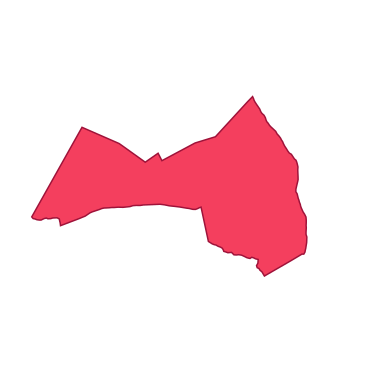 Touros, Rio Grande do Norte, Brazil (Robinson projection), rotated 35°
{"feature_id": "56859067B58568445498846", "entity_name": "Touros", "entity_type": "district", "adm_level": 2, "iso_a3": "BRA", "parent_name": "Brazil", "parent_adm1": "Rio Grande do Norte", "projection": "robinson", "projection_center": [-35.564, -5.29], "detail": "fine", "context": "isolated", "style": "filled", "palette": "rose", "viewbox_px": 384, "rotation_deg": 35, "n_neighbors": 0, "source": "geoboundaries", "source_scale": "gbopen_adm2", "svg_char_len": 2122}
<svg xmlns="http://www.w3.org/2000/svg" viewBox="0 0 384 384"><g transform="rotate(35 192 192)"><path d="M103.6,295.0L114.9,278.4L116.4,276.0L118.3,273.1L119.3,270.5L120.4,267.6L121.6,265.6L126.2,259.4L127.5,257.4L129.0,255.7L133.1,252.5L135.2,250.7L137.2,249.3L140.2,246.8L144.3,244.1L146.5,242.2L149.6,239.5L151.4,237.1L154.1,234.9L157.2,232.8L159.6,230.5L172.8,220.4L176.8,218.3L181.4,216.3L185.9,213.8L190.6,211.3L196.7,208.4L199.2,207.1L202.5,205.8L204.8,204.3L206.1,202.4L207.0,200.7L208.1,199.2L233.8,223.1L235.9,223.0L238.3,222.9L240.4,222.4L242.0,221.7L244.5,221.5L247.1,220.8L249.0,220.7L250.7,221.4L252.1,222.4L254.2,221.7L256.2,221.2L257.5,220.1L259.0,218.8L262.4,219.4L264.5,218.1L266.2,216.6L268.8,215.3L272.1,214.7L274.8,214.3L277.6,213.2L278.4,211.2L280.2,210.6L282.4,210.3L284.9,209.3L286.8,212.5L287.1,215.3L288.8,216.6L290.8,216.3L292.6,217.1L295.1,217.3L299.5,219.3L312.5,191.4L317.7,179.8L319.2,178.8L319.0,176.4L318.2,174.7L317.5,172.9L316.3,170.5L315.0,167.8L313.6,165.6L311.9,163.0L309.7,161.3L308.3,159.3L307.2,157.5L306.1,155.7L304.7,154.0L303.1,151.5L301.7,149.5L299.7,147.1L296.9,145.6L294.4,144.6L292.9,143.7L290.7,142.4L289.0,141.2L287.8,140.0L285.8,138.7L284.2,137.3L282.7,136.3L281.0,134.8L279.2,133.2L276.9,132.2L275.5,130.1L274.2,126.9L273.4,124.9L272.7,123.1L271.8,121.0L269.9,118.4L267.9,115.8L266.0,113.3L264.4,110.7L262.2,108.7L260.6,107.4L258.9,106.3L257.0,106.2L254.5,105.2L251.7,104.1L249.4,104.3L246.7,103.4L244.3,102.3L241.7,101.3L239.4,100.1L237.2,98.7L235.5,98.1L233.7,97.1L231.0,96.2L228.3,95.6L225.8,94.3L223.7,94.0L221.6,93.7L219.3,93.4L217.1,92.9L215.0,92.0L212.9,91.5L211.3,90.5L209.4,89.0L206.9,87.8L204.2,87.5L202.2,86.7L199.9,85.2L197.5,84.3L194.6,83.2L192.1,82.2L190.3,81.3L188.8,80.2L186.9,79.1L185.8,85.9L185.5,88.1L179.5,133.3L174.5,139.7L166.4,150.1L149.4,183.6L142.0,179.7L136.6,194.4L107.6,194.1L104.5,194.1L64.8,202.1L75.0,304.3L77.1,304.9L79.0,304.1L80.8,303.7L83.1,302.5L84.5,301.5L86.1,298.6L87.6,296.9L89.3,296.6L91.6,294.8L92.8,293.2L96.3,290.5L98.8,290.2L100.3,291.7L101.6,292.8L103.6,295.0Z" fill="#f43f5e" stroke="#9f1239" stroke-width="1.5"/></g></svg>